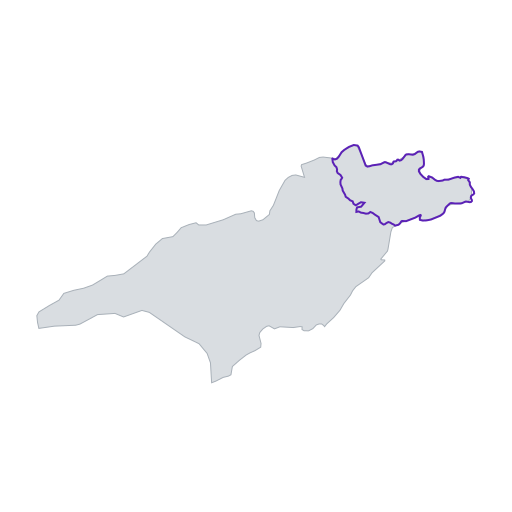 where Kakheti sits in Georgia, rotated 318°
{"feature_id": "GEO-3033", "entity_name": "Kakheti", "entity_type": "Region", "adm_level": 1, "iso_a3": "GEO", "parent_name": "Georgia", "parent_adm1": "", "projection": "equal_earth", "projection_center": [45.882, 41.802], "detail": "fine", "context": "in_parent", "style": "outline", "palette": "violet", "viewbox_px": 512, "rotation_deg": 318, "n_neighbors": 0, "source": "natural_earth", "source_scale": "10m", "svg_char_len": 4452}
<svg xmlns="http://www.w3.org/2000/svg" viewBox="0 0 512 512"><g transform="rotate(318 256 256)"><path d="M259.7,354.4L259.8,352.9L259.3,350.4L257.4,348.7L254.7,347.6L249.6,348.0L245.0,346.8L241.7,343.7L241.0,341.4L242.9,339.5L241.5,337.9L235.8,334.1L226.4,324.6L221.0,322.5L219.0,316.6L216.9,315.4L212.4,314.8L207.6,315.4L206.5,316.1L205.1,317.0L201.2,324.4L198.5,326.9L192.1,325.7L186.8,324.0L182.5,323.0L174.0,322.4L164.5,322.3L157.9,327.5L155.1,326.8L150.3,324.2L142.4,322.1L138.2,320.5L150.7,304.9L154.5,295.7L154.7,290.1L155.0,283.1L149.0,268.5L144.1,247.9L139.0,226.5L134.8,220.1L116.8,212.7L112.8,204.3L99.0,193.5L79.6,188.8L75.7,186.8L59.2,173.2L46.2,164.5L49.2,159.2L53.2,153.7L57.3,152.3L69.2,154.5L80.1,157.0L88.2,155.2L97.7,159.6L106.3,164.6L115.0,168.2L132.1,171.5L138.4,176.2L145.8,180.8L175.0,183.2L177.4,182.4L179.6,181.8L189.4,180.1L198.1,180.4L207.2,186.0L213.1,185.7L219.4,184.9L227.4,187.9L233.7,191.2L234.2,194.6L239.7,199.6L255.8,207.1L268.9,211.4L272.9,214.4L282.8,219.3L283.8,220.9L283.6,222.9L280.7,226.7L280.0,230.0L281.3,231.9L285.4,233.7L293.7,234.1L296.6,231.7L302.8,230.0L308.9,227.0L317.1,222.9L328.2,219.2L332.6,219.2L336.8,220.3L339.8,222.4L344.7,230.0L349.7,219.4L351.0,218.6L355.6,220.7L363.6,223.7L369.1,225.2L372.1,227.4L380.6,237.1L394.3,236.6L400.2,238.1L403.3,239.7L404.7,241.6L402.2,251.3L398.8,261.3L399.1,263.8L404.6,267.6L412.1,271.6L416.2,274.8L418.9,277.7L424.8,279.9L431.9,281.3L435.2,281.5L438.7,283.9L447.7,288.5L448.9,289.6L447.4,292.6L443.8,297.9L440.9,300.7L437.7,301.1L434.5,302.3L433.4,305.2L433.3,308.9L433.8,311.6L434.7,312.6L437.9,313.5L441.1,321.3L446.1,325.2L454.0,329.7L461.0,334.8L464.4,339.5L463.7,343.0L461.5,350.1L455.7,356.0L450.8,357.5L449.1,356.9L446.0,355.1L439.6,350.5L432.6,346.9L427.3,348.1L423.8,349.5L416.9,347.8L408.7,344.7L404.5,341.6L402.6,339.4L403.8,335.3L385.3,328.1L376.4,326.1L372.4,328.3L358.7,339.2L357.0,340.3L346.6,341.8L346.6,342.7L349.0,345.1L348.5,345.8L331.0,346.1L325.2,347.5L309.7,345.6L304.5,346.5L300.1,348.2L289.5,350.1L282.1,352.5L272.7,353.7L263.0,353.8L259.7,354.4Z" fill="#d9dde1" stroke="#a8b0b8" stroke-width="1"/><path d="M378.0,234.7L378.6,236.1L379.3,237.1L381.4,237.9L384.0,237.6L389.1,236.1L392.7,236.2L398.0,237.1L402.9,238.9L405.4,241.9L405.4,242.0L405.2,243.9L398.0,262.2L398.6,264.1L400.5,265.3L403.0,266.4L409.9,271.1L414.3,272.2L415.2,273.1L417.0,277.4L417.7,278.3L418.5,278.7L419.7,278.8L420.1,278.6L421.0,278.0L421.5,277.9L421.9,278.1L423.0,279.0L423.5,279.3L424.6,279.2L425.5,279.0L426.1,279.4L426.5,281.2L428.0,281.9L430.0,281.9L433.7,281.2L434.2,281.0L434.8,281.0L435.3,281.0L435.9,281.2L437.6,282.5L440.3,285.7L442.1,286.5L445.9,286.8L447.4,287.6L449.0,289.7L446.6,294.5L445.2,296.6L442.5,299.9L441.6,300.7L440.6,301.2L439.3,301.3L436.3,300.6L434.9,300.8L433.7,302.1L433.1,304.9L433.2,309.1L434.0,312.8L435.7,314.2L436.2,313.7L436.6,313.0L437.0,312.3L437.8,312.3L438.0,312.8L439.4,315.4L439.5,316.0L440.0,319.2L440.6,321.0L441.7,322.4L445.0,324.7L445.7,325.0L447.0,325.3L450.0,328.0L456.1,330.6L459.2,332.4L460.2,334.7L461.2,334.3L461.7,334.6L462.2,335.4L463.4,336.7L465.4,339.8L465.8,341.0L465.6,341.1L465.1,341.0L464.5,341.6L464.4,342.3L464.3,343.7L464.2,344.3L463.8,344.8L463.0,345.6L462.6,346.1L462.0,348.3L461.7,351.2L461.2,353.8L460.8,354.3L460.0,355.5L458.7,355.7L457.5,355.4L456.3,355.3L454.9,356.1L454.2,357.4L453.9,358.8L453.3,359.6L451.9,359.7L450.8,359.0L449.0,356.6L448.0,355.7L444.2,354.5L442.9,353.7L439.2,350.4L437.3,348.1L436.3,347.1L435.2,346.7L430.4,346.8L429.0,347.1L427.4,348.1L425.7,349.2L424.5,349.6L422.9,349.7L419.9,349.4L410.5,346.0L407.3,344.1L406.1,343.3L403.5,341.1L402.0,338.8L403.4,337.0L404.8,336.5L405.7,336.0L405.6,335.5L404.2,334.9L400.1,334.1L391.0,330.6L388.9,328.7L388.0,327.7L387.1,327.5L385.0,328.1L383.7,328.2L382.7,328.1L379.7,326.5L379.5,325.1L379.1,324.0L378.6,323.0L378.1,321.0L377.0,319.3L375.0,318.8L373.0,318.6L371.8,317.9L371.4,316.3L371.0,314.0L373.2,309.1L372.0,304.7L371.5,302.1L370.4,299.8L368.0,299.6L366.0,298.1L364.6,295.9L363.0,294.0L362.1,291.6L360.1,290.4L361.8,288.6L363.7,287.5L367.1,289.7L372.2,289.0L370.0,286.3L366.9,285.6L365.4,285.4L364.0,284.9L363.4,282.4L364.4,280.1L363.2,277.5L363.1,275.2L362.3,272.0L363.2,270.1L364.2,265.4L365.4,263.6L366.7,259.4L368.2,257.5L369.9,256.1L371.2,255.9L372.4,255.5L373.0,252.3L372.2,249.0L372.8,247.1L374.2,245.9L375.2,243.8L375.0,241.3L375.9,237.6L377.9,234.7L378.0,234.7Z" fill="none" stroke="#5b21b6" stroke-width="2"/></g></svg>